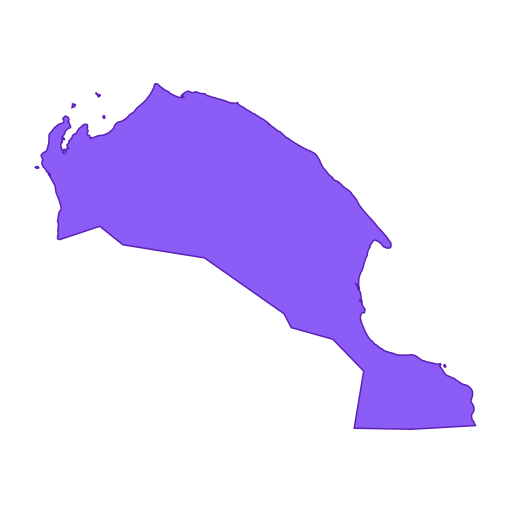 South Bougainville District, North Solomons, Papua New Guinea, rotated 181°
{"feature_id": "67681753B57205815556164", "entity_name": "South Bougainville District", "entity_type": "district", "adm_level": 2, "iso_a3": "PNG", "parent_name": "Papua New Guinea", "parent_adm1": "North Solomons", "projection": "orthographic", "projection_center": [155.545, -6.496], "detail": "fine", "context": "isolated", "style": "filled", "palette": "violet", "viewbox_px": 512, "rotation_deg": 181, "n_neighbors": 0, "source": "geoboundaries", "source_scale": "gbopen_adm2", "svg_char_len": 6076}
<svg xmlns="http://www.w3.org/2000/svg" viewBox="0 0 512 512"><g transform="rotate(181 256 256)"><path d="M97.3,85.5L33.7,90.3L35.0,93.4L37.2,96.6L37.6,99.2L37.7,100.9L37.2,102.1L35.9,103.9L35.6,104.8L35.5,105.2L35.3,106.6L35.6,108.9L36.7,111.4L38.3,113.7L38.6,114.5L38.3,116.3L37.2,119.6L37.0,122.2L37.3,124.6L38.7,127.0L40.1,128.5L41.5,129.6L42.9,130.4L46.0,131.1L48.1,131.9L51.4,134.1L52.7,134.7L55.1,136.7L63.0,139.9L64.3,140.7L65.7,142.5L69.0,147.5L70.4,149.0L69.2,150.8L70.0,151.6L71.3,151.1L73.3,151.0L78.2,152.2L83.0,153.0L86.1,154.1L87.1,154.2L89.1,155.1L91.7,157.0L94.7,159.0L96.6,159.7L97.5,159.7L99.0,160.1L101.0,159.6L103.2,159.7L105.0,159.4L108.9,159.5L109.6,159.2L114.9,160.0L115.9,160.6L118.8,161.5L120.5,161.6L121.7,162.2L123.9,162.7L126.7,163.9L128.4,165.3L130.2,166.1L135.0,169.7L135.6,169.7L138.4,172.9L139.9,173.9L141.9,176.2L145.6,182.3L147.0,185.9L149.0,190.1L150.4,194.7L150.6,196.9L150.3,198.2L150.4,198.5L150.0,199.5L148.6,201.2L147.9,201.4L146.6,201.1L146.4,201.4L146.4,203.2L146.0,204.3L148.6,208.3L149.0,209.5L149.0,211.1L149.4,211.6L150.3,212.1L151.0,212.2L151.7,213.6L150.4,213.5L149.8,212.7L149.3,213.0L150.1,215.0L150.5,219.1L151.2,221.9L153.5,225.0L153.9,225.7L154.5,228.3L155.8,229.6L156.0,230.0L154.8,229.6L154.2,229.0L153.5,227.9L153.4,226.6L151.9,224.2L152.9,229.4L152.8,234.1L152.6,236.2L151.7,239.4L151.0,241.2L149.9,243.0L148.9,245.9L148.1,249.0L148.2,249.3L146.1,255.9L144.7,258.8L144.6,261.4L144.0,263.1L143.8,264.1L142.1,267.0L142.6,267.7L140.4,271.2L138.6,273.6L137.8,274.0L137.2,274.0L135.8,273.3L134.0,272.8L132.2,271.2L131.0,270.5L130.1,269.1L128.8,267.7L128.0,267.2L125.9,266.3L122.9,266.2L122.2,266.5L121.6,267.1L121.2,268.1L121.3,271.2L125.3,276.8L130.2,282.4L134.0,286.2L139.6,292.9L146.1,299.6L150.5,304.5L151.0,305.4L153.7,308.6L154.9,311.1L156.6,314.0L158.6,316.7L161.5,320.0L161.8,320.7L164.7,323.4L167.5,325.1L170.7,327.6L173.3,330.4L174.7,330.7L174.7,331.4L175.1,331.7L178.9,333.3L180.9,334.8L180.6,335.4L184.4,338.5L185.6,339.8L187.5,342.3L190.3,345.4L191.8,347.8L193.3,350.7L193.7,352.1L195.4,355.0L197.1,357.6L199.2,359.6L204.5,362.4L205.5,362.5L206.9,363.0L208.1,363.9L209.2,364.2L214.9,367.3L217.8,369.0L219.6,369.9L223.6,372.4L226.0,374.4L227.8,375.0L233.8,380.4L236.4,381.5L240.3,384.5L242.0,385.5L243.0,386.5L245.0,387.8L245.8,387.8L245.9,388.1L245.4,388.6L247.2,390.1L251.5,393.0L252.9,393.4L253.8,394.3L255.0,394.8L255.9,395.5L258.2,396.7L259.0,397.5L262.8,399.2L265.0,400.7L267.2,401.7L271.9,404.9L273.4,405.4L276.0,407.1L276.7,408.0L276.7,408.6L277.2,409.1L278.0,408.4L283.3,408.6L286.4,409.2L287.1,409.7L290.6,411.0L291.1,411.0L292.8,411.6L293.5,411.6L294.5,412.2L296.0,412.2L301.0,413.8L302.8,414.0L304.6,414.8L307.1,415.4L308.6,416.0L309.6,417.1L310.1,417.4L314.2,417.5L317.6,418.7L319.3,419.0L320.3,418.9L321.7,418.2L323.0,418.1L323.5,418.5L326.7,419.7L327.8,419.4L330.8,417.6L333.0,415.7L333.5,414.8L333.5,413.8L332.8,413.8L331.7,414.7L331.4,414.6L331.0,413.6L334.0,413.1L336.2,413.4L340.1,414.8L344.7,417.1L345.9,418.4L350.4,420.6L355.3,424.3L356.8,425.8L357.7,426.3L358.7,426.5L359.7,426.5L360.4,425.6L361.2,422.5L363.1,418.5L365.2,414.8L367.7,411.7L368.4,410.4L371.0,407.7L377.9,401.6L380.4,398.1L381.3,397.2L382.6,396.6L385.1,394.8L386.5,392.9L388.9,390.7L392.3,388.6L393.8,388.0L396.3,387.4L397.1,386.8L398.5,385.6L399.7,383.8L400.3,382.3L400.3,381.4L404.8,377.0L407.5,375.5L411.1,374.1L414.6,373.7L416.7,373.2L419.8,371.9L421.8,371.4L423.2,371.4L423.8,370.5L424.0,370.7L424.0,371.9L424.5,373.3L424.9,373.8L425.3,374.0L426.7,374.2L427.0,374.6L427.2,375.6L426.1,377.7L426.1,378.5L426.3,379.1L427.4,380.1L427.4,380.5L426.6,382.0L426.9,384.1L427.4,384.6L429.7,384.8L431.0,383.8L431.6,383.7L432.1,383.3L433.4,381.6L435.2,380.4L436.0,378.8L437.1,377.4L437.3,376.2L437.7,375.4L438.9,375.3L440.0,374.3L440.8,374.0L441.6,373.1L441.7,372.0L442.7,370.2L444.3,368.6L445.2,367.2L445.1,365.6L445.5,364.9L446.4,364.5L447.0,363.7L446.6,362.2L445.5,361.1L445.4,360.4L445.6,360.1L447.1,360.2L447.5,359.6L447.2,358.8L447.6,357.5L448.3,355.7L448.7,355.3L450.4,355.4L450.7,355.9L448.8,358.5L449.0,359.1L449.3,359.3L449.8,359.3L450.6,358.8L451.2,357.9L451.8,358.1L452.2,358.9L452.5,361.4L453.1,362.5L453.1,363.8L452.6,365.2L451.7,366.3L451.6,367.3L452.0,368.4L452.0,371.3L450.8,372.7L449.1,375.6L449.1,377.0L448.3,378.1L446.7,379.7L445.6,380.5L444.3,380.7L443.8,381.1L443.6,381.5L443.6,382.1L444.3,383.9L444.9,384.7L445.0,385.9L445.7,386.5L446.4,386.5L446.7,386.9L446.5,387.4L445.5,388.2L445.4,388.6L445.6,390.1L446.1,391.0L447.2,392.0L448.4,392.5L449.2,392.5L451.4,390.3L451.4,389.6L450.4,387.8L450.5,386.6L451.4,385.7L455.4,384.3L457.1,383.0L459.6,380.8L464.5,374.6L465.1,373.1L465.0,367.8L465.3,364.7L466.8,358.3L468.0,356.9L470.5,355.5L472.0,354.0L472.6,353.1L472.4,351.8L471.4,350.2L471.1,348.0L471.7,346.0L471.6,344.2L470.6,341.8L468.1,339.1L466.4,336.3L464.5,335.5L462.9,333.6L463.2,333.0L465.0,334.9L465.1,334.3L462.9,331.0L458.2,322.7L457.0,316.0L453.8,308.3L452.3,303.7L451.7,300.9L451.7,299.0L453.5,296.6L453.9,295.4L453.8,294.1L454.2,293.4L454.5,291.0L454.3,289.9L454.7,289.4L455.0,288.1L455.0,287.1L454.2,284.5L454.1,283.1L454.2,281.4L454.4,280.8L454.5,277.6L454.3,276.3L454.2,273.4L454.6,272.9L454.8,270.6L454.5,269.7L454.1,269.4L452.7,268.9L412.7,283.0L389.3,264.9L307.5,253.2L226.9,198.7L219.5,185.0L177.7,174.1L146.3,142.8L154.8,85.5L97.3,85.5ZM442.2,402.9L442.6,401.2L440.2,402.0L439.7,402.7L439.2,404.2L439.6,404.5L440.8,404.4L442.1,405.0L442.2,402.9ZM417.7,414.6L416.5,412.5L415.8,412.5L414.6,413.7L414.5,414.1L415.1,414.6L415.9,414.6L417.2,415.1L418.7,416.3L419.0,415.8L417.7,414.6ZM476.6,341.6L478.0,341.1L478.3,340.7L477.3,340.0L475.2,340.0L474.7,340.4L474.7,340.6L475.4,341.3L476.0,341.6L476.6,341.6ZM411.0,393.5L411.4,392.9L411.3,392.2L410.6,391.0L410.0,391.0L409.6,391.4L409.7,393.0L410.5,393.7L411.0,393.5ZM65.8,150.6L66.2,150.1L66.2,149.4L65.8,148.6L65.3,148.2L64.7,148.2L64.4,148.7L64.8,150.2L65.3,150.7L65.8,150.6ZM450.9,370.6L451.3,369.9L450.9,369.3L450.1,368.9L449.7,368.9L449.4,369.6L449.7,370.0L450.4,370.6L450.9,370.6Z" fill="#8b5cf6" stroke="#5b21b6" stroke-width="1.5"/></g></svg>